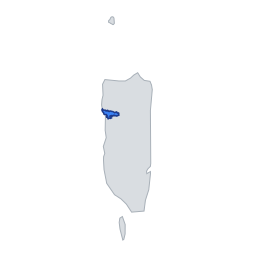 Guayanilla, Puerto Rico (highlighted), rotated 88°
{"feature_id": "32010507B36616514861103", "entity_name": "Guayanilla", "entity_type": "district", "adm_level": 2, "iso_a3": "PRI", "parent_name": "Puerto Rico", "parent_adm1": "", "projection": "mercator", "projection_center": [-66.788, 18.044], "detail": "fine", "context": "in_parent", "style": "filled", "palette": "blue", "viewbox_px": 256, "rotation_deg": 88, "n_neighbors": 0, "source": "geoboundaries", "source_scale": "gbopen_adm2", "svg_char_len": 3045}
<svg xmlns="http://www.w3.org/2000/svg" viewBox="0 0 256 256"><g transform="rotate(88 128 128)"><path d="M169.2,109.3L171.8,111.0L174.3,110.8L172.3,107.1L174.2,107.1L190.4,109.4L200.8,113.1L211.6,114.9L212.2,127.3L204.0,132.3L198.6,137.5L194.2,143.8L182.6,151.2L168.7,153.4L159.4,153.6L155.9,153.4L152.6,152.1L145.6,153.3L136.9,150.1L129.5,150.9L114.8,150.1L109.2,152.9L104.0,153.6L98.8,153.0L94.4,151.8L83.4,151.9L78.8,149.4L80.7,135.3L80.9,129.0L78.2,123.7L75.3,120.4L73.1,116.4L77.4,113.9L81.0,110.1L82.1,104.4L85.9,103.0L90.5,102.4L111.3,105.0L164.2,106.5L167.2,107.0L169.2,109.3ZM228.8,139.5L222.1,140.1L217.8,139.3L216.3,136.7L224.4,134.2L233.8,134.6L239.2,136.1L239.8,137.1L228.8,139.5ZM21.7,143.6L20.9,143.7L20.1,143.6L19.7,143.3L19.2,142.5L16.8,141.2L16.2,140.0L16.7,138.7L17.7,138.2L22.6,138.0L23.1,138.1L24.1,139.0L24.1,139.7L23.6,140.3L22.8,141.8L22.4,142.2L22.1,142.6L22.0,143.3L21.7,143.6Z" fill="#d9dde1" stroke="#a8b0b8" stroke-width="1"/><path d="M108.0,152.9L108.1,153.0L108.3,153.1L108.6,153.3L108.9,153.4L109.1,153.4L109.4,153.4L109.5,153.3L109.6,153.2L110.1,153.1L110.5,153.0L110.8,152.9L111.0,152.6L111.5,152.3L111.6,152.2L111.8,152.0L111.8,151.9L112.2,151.9L112.7,151.7L113.1,151.6L113.5,151.4L113.6,151.1L113.8,150.7L113.8,150.2L113.8,149.9L113.7,149.7L113.7,149.3L113.8,149.2L114.0,149.1L114.2,148.9L114.5,148.9L114.6,148.7L114.9,148.4L115.2,148.4L115.3,148.4L115.5,148.7L115.5,148.9L115.7,149.1L116.3,149.0L116.4,148.8L116.5,148.8L116.5,148.4L116.8,148.0L117.3,147.7L117.5,147.7L118.0,147.7L118.1,147.4L118.0,147.1L117.8,146.9L117.7,146.7L117.5,146.3L117.4,146.2L117.5,145.8L117.6,145.6L117.6,145.4L117.8,145.1L117.7,144.9L117.6,144.7L117.5,144.9L117.2,144.8L116.9,144.9L116.5,144.6L116.4,144.5L116.3,144.4L116.3,144.2L116.2,143.9L116.1,144.0L115.9,144.3L115.7,144.7L115.5,145.0L115.4,145.2L115.4,145.5L115.3,145.4L115.2,144.9L115.1,144.5L115.3,144.4L115.1,143.9L115.0,143.7L115.2,143.3L115.2,143.2L115.1,142.9L115.1,142.6L115.1,142.4L115.3,142.3L115.3,142.1L115.2,142.0L115.3,142.0L115.3,141.8L115.3,141.6L115.2,141.5L115.0,141.3L115.0,141.1L115.2,140.6L115.2,140.3L115.3,140.3L115.3,140.1L115.4,139.9L115.3,139.4L115.6,139.1L115.7,138.8L115.5,138.5L115.4,138.3L115.4,138.0L115.1,137.6L115.1,137.4L115.0,136.9L114.8,137.0L114.6,137.0L114.1,136.8L113.9,136.8L113.8,136.6L113.7,136.6L113.4,137.0L113.1,136.9L113.0,137.0L112.9,137.0L112.6,137.0L112.6,137.5L112.7,138.0L112.4,138.2L112.2,138.3L112.2,138.5L111.8,138.6L111.6,138.7L111.5,138.9L111.5,139.0L111.6,139.3L111.7,139.5L111.9,139.7L112.0,139.9L111.9,140.3L112.0,140.6L112.2,140.8L111.7,141.6L111.3,142.2L111.1,142.4L111.1,142.6L110.9,143.3L110.8,143.6L110.8,143.9L110.8,144.0L110.4,144.7L110.4,144.8L110.4,145.0L110.4,145.5L110.6,145.6L110.6,145.8L110.6,146.0L110.8,146.2L110.9,146.3L110.7,146.7L110.6,147.0L110.4,147.0L109.9,147.3L109.9,147.6L110.0,147.8L109.9,147.9L109.8,148.0L110.0,148.1L110.2,148.3L110.2,148.6L110.2,149.0L109.9,149.0L109.9,149.7L109.6,149.8L109.4,150.0L109.3,152.0L108.0,152.9Z" fill="#3b82f6" stroke="#1e3a8a" stroke-width="1.5"/></g></svg>